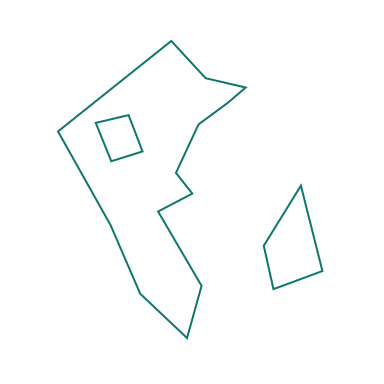 outline of Saint George's, rotated 281°
{"feature_id": "BMU-5140", "entity_name": "Saint George's", "entity_type": "state/province", "adm_level": 1, "iso_a3": "BMU", "parent_name": "Bermuda", "parent_adm1": "", "projection": "orthographic", "projection_center": [-64.685, 32.358], "detail": "fine", "context": "isolated", "style": "outline", "palette": "teal", "viewbox_px": 384, "rotation_deg": 281, "n_neighbors": 0, "source": "natural_earth", "source_scale": "10m", "svg_char_len": 451}
<svg xmlns="http://www.w3.org/2000/svg" viewBox="0 0 384 384"><g transform="rotate(281 192 192)"><path d="M47.7,215.0L82.2,160.6L143.8,118.5L225.9,48.9L336.3,142.8L306.3,183.7L304.8,224.7L286.7,210.4L259.6,185.5L207.7,172.6L190.5,192.6L166.4,162.4L101.7,219.3L47.7,215.0ZM222.4,135.7L255.4,115.1L241.5,84.3L206.8,106.9L222.4,135.7ZM152.9,272.7L219.0,297.7L139.3,335.1L112.2,290.5L152.9,272.7Z" fill="none" stroke="#0f766e" stroke-width="2"/></g></svg>